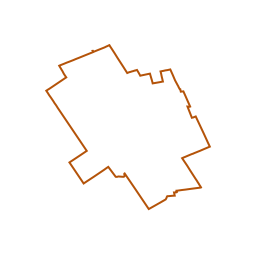 Dor Marunt, Calarasi, Romania, rotated 236°
{"feature_id": "2599482B33848106941365", "entity_name": "Dor Marunt", "entity_type": "district", "adm_level": 2, "iso_a3": "ROU", "parent_name": "Romania", "parent_adm1": "Calarasi", "projection": "robinson", "projection_center": [27.015, 44.463], "detail": "fine", "context": "isolated", "style": "outline", "palette": "amber", "viewbox_px": 256, "rotation_deg": 236, "n_neighbors": 0, "source": "geoboundaries", "source_scale": "gbopen_adm2", "svg_char_len": 3770}
<svg xmlns="http://www.w3.org/2000/svg" viewBox="0 0 256 256"><g transform="rotate(236 128 128)"><path d="M152.9,195.8L153.9,193.2L154.9,191.1L155.5,189.5L155.9,188.6L156.7,186.6L155.8,186.3L154.7,185.9L153.7,185.5L153.0,185.2L152.0,184.8L151.0,184.4L150.1,184.1L148.8,183.6L147.8,183.2L147.0,182.9L147.3,182.3L147.7,181.2L150.1,175.8L151.2,173.4L151.5,173.5L152.1,173.8L153.7,174.3L154.2,174.5L155.5,174.9L156.8,175.3L157.7,175.6L158.7,175.9L159.9,176.3L160.4,176.5L160.8,176.6L161.2,175.6L162.3,172.9L164.0,168.7L164.5,167.4L165.1,167.5L165.6,167.5L166.5,167.6L167.7,167.7L169.2,167.8L171.1,167.9L171.5,166.5L171.5,166.4L171.7,166.2L172.4,163.7L172.6,163.3L173.2,161.2L173.5,160.5L173.7,159.7L174.0,158.1L181.3,158.3L192.0,158.5L197.4,158.7L203.2,158.8L203.3,158.8L203.9,158.8L205.1,158.8L206.0,158.8L206.5,158.9L206.8,158.9L207.1,158.9L207.2,158.5L207.3,157.7L207.4,156.7L207.6,156.1L207.7,155.3L207.9,153.7L209.4,146.8L210.4,142.1L210.5,142.0L210.8,142.0L211.4,142.1L211.6,142.1L211.7,141.9L210.5,141.8L210.4,141.7L210.7,140.3L212.2,133.3L213.8,125.7L214.0,125.0L214.2,123.9L214.4,123.1L214.6,122.0L214.8,120.9L215.0,120.0L215.1,119.6L215.8,116.4L216.4,114.0L217.0,111.0L217.9,106.9L218.1,105.8L217.1,105.7L216.6,105.7L214.6,105.6L213.5,105.5L212.4,105.5L211.3,105.4L209.7,105.2L208.5,105.1L207.4,105.1L206.7,105.1L205.1,105.1L204.5,105.1L204.5,104.9L204.5,104.7L204.5,104.1L204.5,103.2L204.5,102.7L204.5,102.3L204.5,101.8L204.5,100.8L204.5,100.3L204.5,99.3L204.5,98.8L204.5,98.3L204.5,97.8L204.5,97.3L204.5,96.4L204.5,95.7L204.5,95.3L204.5,94.8L204.5,94.4L204.5,93.0L204.5,91.6L204.5,90.9L204.5,89.4L204.5,87.9L204.5,86.8L204.5,84.8L204.6,82.6L204.6,81.1L201.8,81.1L199.5,81.0L196.2,81.1L193.3,81.1L191.6,81.1L189.9,81.0L187.0,81.1L184.0,81.0L181.6,81.0L179.2,81.0L175.4,81.0L173.4,81.0L172.5,81.0L171.9,81.0L170.7,81.0L170.3,81.0L169.2,81.0L168.9,81.0L166.8,81.0L166.6,81.0L165.3,81.0L164.5,81.0L164.1,81.0L157.6,81.0L157.1,81.0L156.7,81.0L156.0,81.0L155.7,81.0L153.1,81.0L151.4,81.0L151.2,81.0L148.5,81.0L141.6,81.0L138.4,81.0L135.9,81.0L133.5,81.0L132.1,81.0L132.1,80.7L132.1,78.3L132.1,77.2L132.1,76.9L132.1,74.2L132.1,73.8L132.1,73.0L132.2,60.2L131.2,60.2L130.8,60.2L128.5,60.2L126.7,60.2L124.9,60.2L123.4,60.2L122.3,60.2L120.6,60.2L119.1,60.2L116.9,60.2L116.7,60.2L115.5,60.2L114.7,60.2L113.7,60.2L111.8,60.2L110.3,60.2L110.1,60.2L109.1,60.2L108.3,60.2L106.8,60.2L106.8,63.9L106.7,72.4L106.7,79.8L106.7,81.1L106.7,84.5L106.8,87.9L106.8,89.9L100.9,90.2L95.0,90.5L94.5,90.5L93.8,91.3L93.6,91.7L93.5,92.0L93.1,93.1L92.5,93.8L91.0,95.7L90.1,96.9L89.9,97.4L90.1,98.3L90.7,98.7L91.4,98.9L92.1,99.3L92.2,99.5L92.2,99.8L73.4,99.9L61.4,99.9L49.2,99.9L48.6,107.2L47.7,119.3L48.0,119.9L48.7,121.1L49.2,121.7L49.3,121.9L49.4,122.2L49.5,122.4L49.4,122.6L48.5,124.1L47.1,126.7L45.8,128.9L48.8,130.1L48.1,131.1L47.7,132.0L48.1,132.2L47.9,132.6L48.2,132.7L48.0,133.0L48.8,133.3L48.5,133.8L47.8,135.2L46.4,138.1L45.0,140.8L42.4,146.1L41.6,147.7L37.9,155.1L37.9,155.3L39.2,155.4L41.0,155.4L41.5,155.4L42.0,155.5L43.1,155.5L44.2,155.5L45.2,155.6L46.1,155.6L46.7,155.6L47.2,155.6L48.2,155.6L58.2,155.8L63.6,156.0L66.9,156.0L69.8,156.0L72.7,156.0L72.5,157.4L72.3,158.3L72.0,159.7L71.9,160.3L71.8,160.8L70.9,165.4L70.7,166.3L70.2,168.1L70.2,168.3L70.2,168.6L69.9,169.9L69.6,171.3L69.2,173.2L68.9,174.5L68.7,175.5L68.5,176.7L68.4,177.1L68.3,177.7L68.1,178.7L67.9,179.8L67.1,183.9L67.0,184.5L66.8,185.4L71.3,186.1L81.0,187.7L99.7,190.6L100.4,187.5L100.7,187.1L100.8,186.7L112.5,189.3L111.3,190.8L111.1,191.0L111.0,191.5L118.4,192.8L122.8,193.6L127.4,194.4L128.6,192.1L130.9,193.0L131.2,192.6L132.3,192.7L133.3,192.8L133.5,192.8L134.3,193.0L135.8,193.1L136.6,193.2L137.7,193.3L140.7,193.6L141.4,193.7L147.1,194.8L152.9,195.8Z" fill="none" stroke="#b45309" stroke-width="2"/></g></svg>